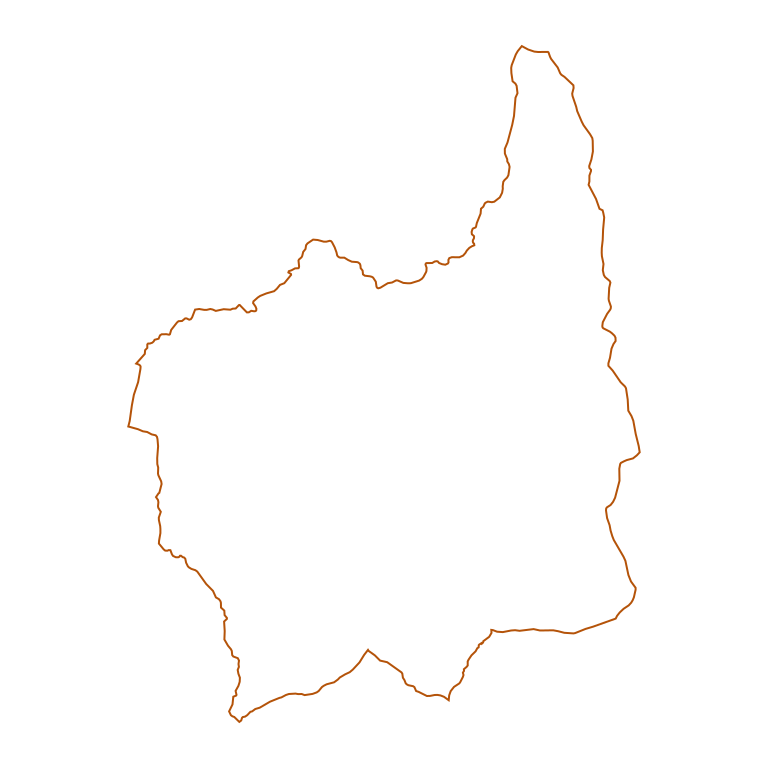 the district of Angelópolis, Antioquia, Colombia
{"feature_id": "7082276B44826680756830", "entity_name": "Angelópolis", "entity_type": "district", "adm_level": 2, "iso_a3": "COL", "parent_name": "Colombia", "parent_adm1": "Antioquia", "projection": "mercator", "projection_center": [-75.718, 6.132], "detail": "fine", "context": "isolated", "style": "outline", "palette": "amber", "viewbox_px": 768, "rotation_deg": 0, "n_neighbors": 0, "source": "geoboundaries", "source_scale": "gbopen_adm2", "svg_char_len": 6101}
<svg xmlns="http://www.w3.org/2000/svg" viewBox="0 0 768 768"><path d="M239.3,721.9L241.2,720.5L242.0,717.9L242.7,717.1L245.1,716.6L247.2,715.2L250.4,711.8L252.1,711.4L255.3,709.0L259.7,707.7L270.0,701.7L279.4,697.9L281.4,697.4L285.9,695.0L288.9,694.0L295.5,693.6L298.2,694.1L301.7,694.0L304.6,695.1L312.6,693.9L316.7,692.4L318.7,691.0L321.9,687.1L323.7,685.8L326.6,684.3L334.1,682.3L337.9,679.5L339.8,677.5L345.2,674.3L349.7,672.2L352.8,669.6L359.5,662.4L364.2,654.8L368.0,649.9L368.6,650.9L374.9,655.4L380.1,660.6L387.2,662.2L401.5,672.4L402.3,673.6L402.9,677.7L404.5,680.2L405.7,683.3L406.7,684.3L408.3,685.2L413.1,686.2L414.4,687.1L416.1,691.0L418.7,691.9L426.9,696.0L430.1,695.9L434.6,695.0L437.3,694.9L440.4,695.4L444.0,696.8L448.7,700.2L449.2,695.3L450.7,691.1L454.0,686.9L459.3,683.4L460.2,682.2L462.9,676.9L463.5,675.0L462.9,672.7L464.0,670.9L463.9,669.2L466.6,666.9L467.7,665.5L467.7,661.4L468.6,659.6L471.5,655.3L475.6,651.3L477.3,648.2L478.6,647.4L478.8,645.1L479.2,644.6L481.5,643.1L481.8,643.7L483.1,642.5L483.3,641.2L489.2,636.8L491.5,632.9L491.3,629.9L492.9,630.1L497.1,631.7L502.8,632.1L511.1,630.5L515.1,630.2L519.6,630.8L533.6,629.1L540.0,630.5L553.2,630.3L558.1,631.2L564.3,632.8L573.4,633.4L575.1,633.1L585.6,628.9L593.0,626.7L615.7,618.6L617.1,615.8L619.7,612.5L623.6,608.8L628.7,605.4L631.2,602.7L632.7,600.2L633.9,597.3L635.0,592.4L635.6,589.8L635.6,587.8L631.0,581.5L628.4,575.0L625.4,560.8L623.5,556.7L613.8,540.0L612.3,536.2L610.6,530.6L609.6,525.2L607.1,518.1L606.0,510.4L606.2,508.4L607.0,507.3L610.6,505.0L613.1,501.8L615.1,497.7L619.5,480.8L619.3,468.7L620.2,464.0L620.9,462.9L624.2,461.2L626.7,460.1L633.0,458.4L636.9,455.3L639.7,452.3L638.7,446.0L635.7,433.9L633.3,420.7L631.5,416.1L628.3,410.7L627.7,399.5L626.0,388.3L625.0,386.5L620.7,382.3L612.7,370.6L608.4,365.8L608.4,363.3L610.0,357.8L611.5,348.7L613.5,344.0L615.6,341.0L615.5,337.7L614.5,335.7L611.9,333.2L609.8,331.6L603.3,328.3L602.6,327.5L602.3,326.1L602.8,322.2L607.1,313.9L610.3,309.5L610.8,308.1L610.9,306.5L608.9,300.7L608.6,298.8L609.2,287.8L610.4,282.6L609.7,281.0L605.0,277.0L603.8,274.9L602.8,270.1L603.5,264.0L601.9,256.2L601.7,252.7L601.8,248.0L602.7,240.1L603.1,229.6L604.2,217.5L603.3,213.0L602.6,210.3L599.5,208.8L596.0,198.9L588.6,184.8L589.4,181.5L589.4,175.6L591.0,171.0L591.0,169.8L589.4,168.0L589.2,166.1L591.4,159.4L592.9,151.5L592.7,140.7L592.3,138.1L590.1,134.3L583.6,125.3L581.7,121.6L577.2,111.1L576.2,106.8L572.5,95.9L572.2,93.6L573.6,88.0L573.4,85.3L564.5,76.9L561.4,74.8L560.2,73.3L557.7,67.5L551.1,58.9L550.1,56.9L548.5,52.4L547.9,51.9L538.1,52.0L534.3,51.6L528.1,49.5L521.8,46.1L517.7,51.2L515.8,54.5L511.7,65.2L511.2,67.9L511.4,73.1L512.6,81.3L515.4,83.6L516.6,85.8L517.5,93.2L515.5,97.7L514.0,116.0L512.2,124.9L507.5,142.5L504.8,148.9L504.9,153.6L507.2,159.2L507.3,161.5L508.9,164.1L509.6,166.9L508.4,175.2L507.1,177.6L504.4,180.2L503.3,181.8L502.7,186.2L502.8,188.8L502.1,192.8L499.8,197.4L494.3,201.7L491.9,202.2L487.8,201.6L485.6,202.7L484.8,203.4L483.3,206.7L481.0,208.7L480.6,213.6L476.8,223.1L476.0,226.8L475.5,227.5L473.0,228.5L472.4,229.3L471.6,232.0L471.9,234.3L473.9,236.0L474.1,236.7L473.9,238.4L472.9,240.2L472.8,241.6L473.1,242.7L474.1,243.7L474.3,245.3L471.8,246.3L469.3,247.9L466.8,250.6L465.4,253.0L463.1,255.6L459.3,257.3L451.8,257.2L449.3,258.1L448.4,259.9L448.5,262.5L447.9,263.5L445.3,264.7L442.1,264.2L439.1,263.0L437.7,261.4L436.7,261.2L434.7,261.5L432.2,263.0L426.5,263.1L425.8,263.5L425.5,264.6L426.6,267.8L426.4,271.1L426.0,272.2L423.4,277.0L421.9,278.8L419.1,280.6L410.8,283.2L408.2,283.3L403.3,282.9L397.8,280.5L396.1,280.4L392.1,282.5L387.8,283.2L380.4,287.7L378.2,288.3L377.2,287.8L376.5,286.7L375.8,281.7L373.1,277.6L371.8,276.8L369.9,276.3L364.8,275.7L363.0,274.4L362.6,270.6L360.7,268.2L360.4,265.2L359.8,263.7L358.1,262.4L357.1,262.1L351.8,261.7L348.1,260.0L344.4,257.7L340.4,257.7L339.1,257.3L338.0,256.5L337.2,255.5L336.5,252.4L334.7,247.4L332.0,242.2L331.0,241.1L329.8,240.8L326.2,241.7L323.9,241.7L317.7,240.0L313.1,239.6L307.5,243.4L306.1,245.2L305.5,249.0L303.2,251.9L302.2,256.0L301.5,257.3L298.9,259.6L298.5,260.6L299.1,266.3L298.9,267.6L298.5,268.2L295.0,268.4L291.5,270.3L288.8,271.2L288.4,272.5L290.9,273.9L291.1,274.9L284.3,283.2L280.0,284.9L276.8,288.8L274.1,291.2L266.4,293.4L260.2,295.9L257.8,297.5L253.4,301.4L253.1,303.1L255.5,306.5L256.4,308.8L256.2,310.5L255.5,311.1L254.2,311.3L251.2,310.8L248.9,312.3L246.9,312.4L239.7,305.0L238.9,305.1L235.7,308.5L232.7,308.7L230.4,309.7L223.7,309.2L215.8,310.9L212.6,309.5L210.3,309.0L206.6,309.9L204.4,309.9L199.2,309.0L195.1,309.6L192.1,317.4L190.8,319.2L189.2,319.7L186.6,318.4L185.2,318.4L182.0,321.0L178.5,321.2L177.0,322.5L171.2,329.9L169.9,334.3L169.1,334.7L166.4,334.2L161.6,334.3L160.0,335.4L158.6,338.7L154.6,339.8L153.7,341.4L152.3,342.7L150.0,343.5L148.1,343.5L147.3,344.4L147.3,347.9L145.1,350.2L144.8,353.9L136.2,363.6L138.7,364.5L140.2,365.6L140.6,366.7L140.4,369.1L138.1,382.2L133.9,394.7L131.9,405.3L129.7,421.0L128.3,426.5L138.0,429.2L142.9,431.3L147.2,432.0L151.7,434.4L155.7,435.3L157.0,436.9L157.5,439.2L158.1,446.3L157.2,458.1L157.3,464.1L158.2,467.6L158.0,473.7L158.4,475.3L161.2,481.4L161.6,484.0L159.3,492.9L158.5,493.4L156.0,497.1L158.0,500.0L158.4,502.3L158.0,506.2L158.3,507.8L160.8,511.8L158.8,517.6L158.9,520.1L160.2,526.1L160.4,529.0L160.4,533.1L159.1,540.5L158.9,543.6L163.7,549.4L165.2,550.6L167.4,550.7L168.7,550.1L170.4,550.2L171.9,554.2L173.0,555.9L175.7,557.2L177.1,557.3L178.6,557.2L179.5,556.6L179.9,555.8L180.9,555.7L182.8,557.2L183.9,557.4L184.7,558.1L185.3,558.8L186.1,562.7L187.8,566.2L188.8,567.3L191.4,568.9L195.4,570.2L197.3,571.6L206.2,584.0L213.0,590.9L215.9,597.4L219.0,599.2L220.5,601.3L220.9,602.8L221.0,607.6L224.3,610.6L224.6,615.1L226.9,617.9L226.9,618.9L224.1,621.5L224.7,631.1L224.4,639.5L228.0,645.7L231.0,649.3L231.8,651.0L232.2,655.1L233.3,656.5L237.8,658.2L239.0,660.6L238.5,664.0L238.9,666.9L237.7,669.9L238.4,673.7L239.9,677.7L239.7,681.8L238.4,685.9L235.6,690.9L236.5,694.9L236.1,695.6L233.3,696.7L232.5,704.4L229.1,711.4L230.9,715.2L232.4,716.3L234.3,717.0L239.3,721.9Z" fill="none" stroke="#b45309" stroke-width="2"/></svg>